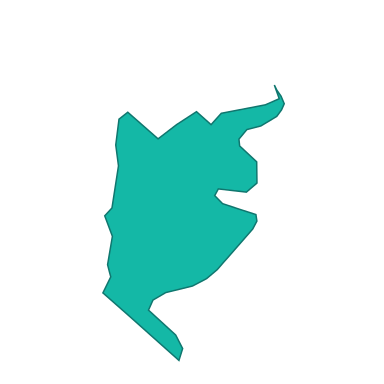 West Baton Rouge, Louisiana, United States of America (Equal Earth projection), rotated 42°
{"feature_id": "52423323B55664774745263", "entity_name": "West Baton Rouge", "entity_type": "district", "adm_level": 2, "iso_a3": "USA", "parent_name": "United States of America", "parent_adm1": "Louisiana", "projection": "equal_earth", "projection_center": [-91.297, 30.491], "detail": "fine", "context": "isolated", "style": "filled", "palette": "teal", "viewbox_px": 384, "rotation_deg": 42, "n_neighbors": 0, "source": "geoboundaries", "source_scale": "gbopen_adm2", "svg_char_len": 770}
<svg xmlns="http://www.w3.org/2000/svg" viewBox="0 0 384 384"><g transform="rotate(42 192 192)"><path d="M194.1,61.2L186.8,59.5L181.6,57.4L194.4,64.3L188.2,78.1L161.1,113.9L161.1,129.2L141.6,129.3L135.5,152.1L131.2,175.2L90.9,175.7L89.0,186.7L103.9,208.1L119.9,221.8L143.2,257.4L143.1,268.1L162.5,278.2L177.9,302.5L184.8,307.1L188.4,309.4L193.3,326.6L228.6,326.2L295.0,325.9L289.8,314.6L275.6,309.2L238.7,308.9L235.3,298.4L239.8,284.3L255.3,261.5L260.8,246.6L262.7,232.8L262.5,222.3L262.5,218.2L261.9,178.9L259.7,170.2L254.6,166.0L238.5,173.2L222.5,180.2L211.3,179.5L209.5,172.1L232.5,155.7L234.3,141.9L219.9,126.3L196.6,125.9L191.5,121.3L191.0,108.9L199.0,96.8L204.4,79.1L203.6,71.1L201.5,64.7L194.1,61.2Z" fill="#14b8a6" stroke="#0f766e" stroke-width="1.5"/></g></svg>